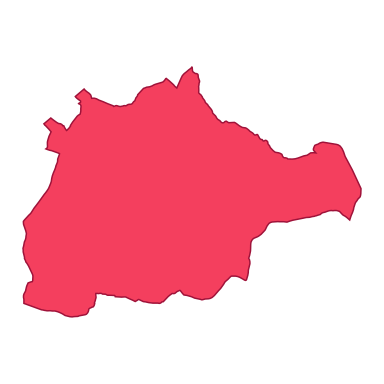 the district of Iza, Boyacá, Colombia
{"feature_id": "7082276B4524421647435", "entity_name": "Iza", "entity_type": "district", "adm_level": 2, "iso_a3": "COL", "parent_name": "Colombia", "parent_adm1": "Boyacá", "projection": "mercator", "projection_center": [-72.966, 5.619], "detail": "fine", "context": "isolated", "style": "filled", "palette": "rose", "viewbox_px": 384, "rotation_deg": 0, "n_neighbors": 0, "source": "geoboundaries", "source_scale": "gbopen_adm2", "svg_char_len": 5882}
<svg xmlns="http://www.w3.org/2000/svg" viewBox="0 0 384 384"><path d="M361.0,188.6L352.3,169.9L345.1,156.4L343.5,151.7L342.1,148.7L340.6,146.7L339.9,145.9L338.0,144.8L336.5,144.4L323.2,142.2L322.2,142.3L320.1,142.9L317.7,144.3L316.5,144.6L314.8,145.4L314.1,146.9L313.4,148.9L313.4,149.8L313.6,150.3L315.8,152.9L314.7,152.8L313.4,152.7L310.6,152.9L307.2,155.2L303.8,155.9L298.1,158.0L295.2,158.8L292.2,159.1L289.4,159.0L287.9,159.0L287.0,158.2L285.5,157.8L284.4,157.8L283.8,157.6L283.1,157.0L282.4,155.9L282.3,155.3L281.9,154.4L281.2,153.9L279.8,153.2L278.5,152.8L275.5,152.3L274.7,151.9L273.0,150.5L270.4,147.7L269.9,146.7L269.7,146.1L268.1,144.0L267.9,143.5L267.8,142.1L267.2,141.2L266.5,140.6L265.7,140.3L265.1,140.4L264.2,140.9L263.8,141.0L263.3,140.9L262.8,140.6L262.2,139.6L261.0,139.4L260.4,139.1L259.7,138.4L257.7,134.8L257.2,134.5L256.6,134.6L255.6,135.0L254.8,135.0L254.1,134.6L253.1,133.4L252.2,132.7L249.8,131.2L248.7,130.0L246.6,128.4L245.6,127.9L242.7,127.5L241.8,127.2L239.2,125.7L236.6,123.7L235.4,122.9L234.4,122.4L228.8,122.7L228.1,122.4L226.3,121.2L225.6,121.3L224.9,121.6L224.0,122.5L223.2,122.8L222.3,122.8L221.6,122.5L220.9,121.9L220.4,121.2L219.5,120.4L218.0,119.5L217.4,118.9L216.9,118.4L215.8,116.3L215.3,115.7L212.8,113.3L212.6,112.7L212.3,111.2L211.3,109.4L210.3,108.2L208.2,105.7L208.0,105.2L207.3,104.2L206.4,103.6L205.3,102.3L204.6,100.5L202.6,97.9L202.3,96.9L201.2,95.3L200.6,94.5L200.0,94.2L198.9,93.1L198.7,92.5L198.8,90.5L198.7,87.2L198.6,86.7L199.0,84.5L199.0,83.8L199.1,83.1L199.4,82.5L199.6,81.1L198.3,77.5L198.1,75.1L197.9,74.4L197.3,73.9L196.6,73.6L195.3,73.5L193.1,72.0L192.5,70.9L192.2,67.4L191.9,67.1L191.4,67.7L190.6,68.5L188.7,69.9L186.5,71.8L184.2,73.6L182.4,75.6L181.2,78.0L176.8,88.0L174.9,86.4L173.5,84.7L169.2,80.8L166.2,78.4L165.7,78.7L164.7,80.2L163.6,81.4L162.7,82.1L155.3,84.3L153.8,84.9L152.1,85.9L149.6,86.8L146.6,87.2L145.0,87.9L143.5,88.4L137.7,94.7L137.5,95.7L137.1,96.4L135.9,97.9L134.8,100.8L133.7,101.6L132.3,103.5L131.5,104.1L130.4,104.3L129.3,104.3L128.1,104.5L125.9,105.8L124.7,105.6L123.7,105.7L123.1,106.0L120.5,106.5L119.2,106.4L116.6,105.6L115.6,105.7L113.8,106.5L113.3,106.1L113.2,105.8L107.7,103.7L103.1,101.7L98.9,100.1L96.5,98.8L94.3,98.2L91.7,98.3L90.8,95.2L90.2,94.4L89.0,93.2L87.0,91.8L85.2,90.3L84.1,89.0L75.3,96.5L75.7,97.1L76.8,98.2L78.8,99.8L80.5,100.9L80.6,101.4L80.5,102.4L78.6,103.5L78.8,103.8L79.7,104.1L80.3,104.5L80.9,105.5L81.0,106.9L80.8,108.4L80.8,111.0L80.5,112.7L80.2,114.0L79.5,114.5L78.1,115.4L77.1,116.3L72.6,122.1L70.4,125.5L70.5,126.1L69.0,128.1L66.9,130.3L66.5,130.5L65.9,129.6L64.9,128.1L63.7,125.7L62.7,125.7L62.3,125.0L61.6,124.3L60.2,123.7L58.6,123.5L56.8,122.5L53.6,120.2L50.8,118.0L43.9,123.8L44.9,125.2L45.5,125.6L48.9,129.2L51.1,131.8L49.0,136.3L47.7,140.6L47.4,142.1L47.4,144.2L47.5,146.3L47.3,147.6L46.6,148.4L45.9,148.9L47.1,149.4L49.8,150.3L51.5,150.6L57.9,152.9L59.5,153.6L59.4,154.4L57.7,159.1L57.6,161.1L57.4,162.3L55.9,166.0L55.6,167.4L54.7,169.9L53.5,172.6L52.3,176.0L51.7,178.6L51.4,180.8L51.2,181.8L50.5,183.8L48.9,187.7L48.3,188.9L46.9,191.0L45.5,192.9L44.4,194.2L39.3,201.3L36.3,205.3L34.1,208.1L31.2,212.7L30.5,213.6L28.5,215.5L28.0,216.1L24.7,219.7L23.4,221.3L23.4,222.8L23.6,224.5L25.8,230.9L26.0,231.8L26.4,233.3L26.3,234.6L26.0,236.2L25.9,237.7L25.4,239.7L24.4,241.9L23.6,246.2L23.0,248.3L23.2,250.1L23.2,251.9L24.4,256.8L24.5,257.4L24.5,258.7L25.2,260.0L25.6,261.0L25.8,261.9L26.7,263.0L27.6,264.4L28.7,266.3L32.0,273.3L32.6,274.6L32.9,275.9L32.9,276.9L32.7,280.6L32.3,281.6L30.9,281.9L28.1,282.9L26.9,285.6L26.5,286.8L25.5,291.1L24.1,293.7L23.7,294.8L23.5,295.8L23.5,297.5L23.9,299.4L23.9,303.4L41.5,309.8L43.1,310.0L44.1,310.3L47.2,310.8L50.0,310.7L52.5,311.0L55.0,311.0L57.9,311.8L59.7,312.5L62.4,313.8L65.1,315.5L69.9,316.7L72.1,316.9L74.0,316.6L77.9,316.4L79.3,315.8L85.2,314.7L86.2,314.3L86.6,314.0L87.5,313.0L88.2,311.8L88.6,310.5L88.7,309.5L89.1,308.7L90.0,308.1L90.9,307.8L91.7,307.3L93.3,306.8L94.1,305.6L94.7,303.7L94.7,303.4L94.4,303.1L95.3,300.5L95.6,299.0L96.0,297.8L96.0,296.8L95.8,295.3L95.8,293.5L97.0,293.4L98.7,293.6L99.9,293.3L101.3,293.4L102.7,294.1L105.6,294.2L107.3,295.2L111.1,295.3L114.6,295.5L114.9,295.8L115.2,296.7L121.5,297.1L125.1,296.9L125.7,297.0L129.9,299.0L132.7,300.2L135.2,301.5L137.3,300.3L137.9,299.8L138.6,299.5L138.9,299.5L143.3,301.6L144.8,301.8L145.2,301.8L148.7,302.6L152.8,303.1L158.0,303.1L159.2,303.4L160.1,303.2L160.7,303.0L161.2,302.6L161.7,302.1L162.0,301.9L163.3,301.7L168.2,296.5L169.8,295.2L172.1,293.5L173.9,293.6L174.7,293.4L175.1,293.2L177.0,291.6L179.7,290.4L180.0,290.4L180.4,290.7L182.4,293.3L183.8,294.9L184.8,295.1L186.9,295.4L190.4,296.4L191.7,296.8L194.6,298.1L200.3,299.3L201.4,299.7L201.9,299.8L203.0,299.6L205.1,299.0L208.4,298.8L209.9,298.5L211.5,297.8L212.2,297.4L214.4,295.5L218.6,290.6L220.6,288.5L223.6,284.3L224.5,282.7L225.3,281.6L228.1,279.2L230.1,277.1L231.2,276.2L231.7,276.1L235.4,276.1L237.6,276.5L239.7,277.3L242.6,278.9L244.4,280.0L245.4,280.4L245.9,280.3L246.3,280.0L246.5,279.7L247.8,275.3L248.3,272.4L248.3,271.1L248.4,270.0L249.9,263.8L249.9,261.8L249.5,259.8L248.7,258.3L249.6,255.4L250.5,251.0L250.6,248.5L250.7,244.7L250.8,243.3L251.1,241.8L252.1,239.9L253.2,238.7L254.2,238.1L257.6,236.7L258.8,236.0L261.1,234.3L264.9,230.3L265.4,229.5L267.0,226.1L268.2,224.4L269.1,223.3L270.7,222.4L272.1,222.0L277.8,221.6L279.5,221.7L283.6,221.7L287.0,222.1L289.8,221.1L292.9,220.2L302.5,218.3L306.2,217.5L309.6,217.3L312.3,216.6L314.4,216.3L315.1,216.0L316.1,215.8L318.5,215.0L320.3,214.5L321.4,213.4L322.7,212.7L324.9,212.2L327.9,211.1L329.4,210.7L331.2,210.5L333.0,210.7L334.5,210.5L336.1,210.5L337.0,210.6L339.5,211.4L342.6,214.7L343.4,215.3L344.6,215.9L346.5,217.2L349.7,220.0L351.1,215.7L352.6,212.2L353.5,209.5L353.8,207.6L355.2,203.3L355.7,202.3L356.8,200.9L358.0,199.0L360.1,196.9L360.5,195.7L360.8,193.8L361.0,188.6Z" fill="#f43f5e" stroke="#9f1239" stroke-width="1.5"/></svg>